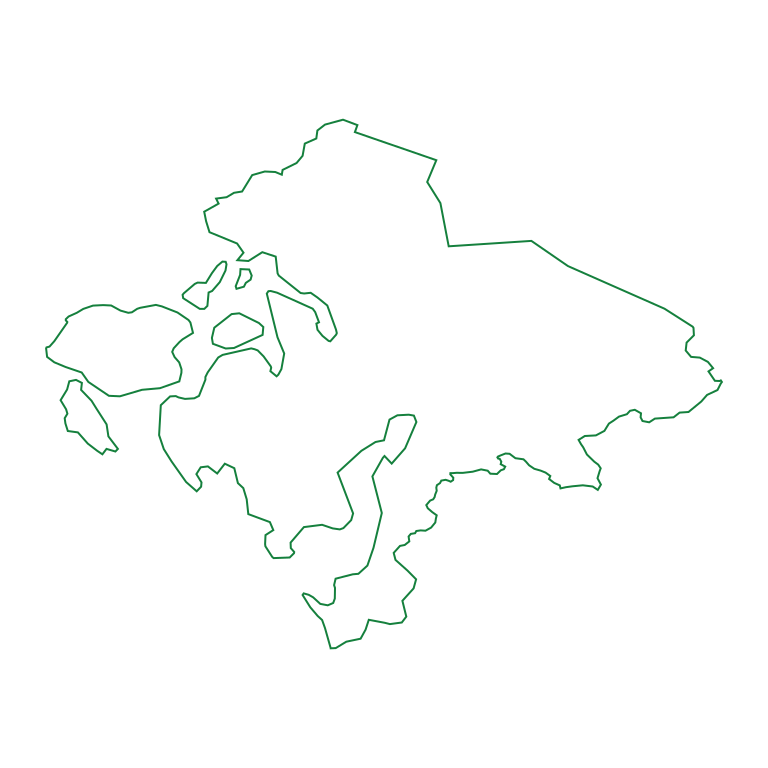 outline of Wrangell, Alaska, United States of America
{"feature_id": "52423323B13000193718373", "entity_name": "Wrangell", "entity_type": "district", "adm_level": 2, "iso_a3": "USA", "parent_name": "United States of America", "parent_adm1": "Alaska", "projection": "robinson", "projection_center": [-132.186, 56.269], "detail": "fine", "context": "isolated", "style": "outline", "palette": "green", "viewbox_px": 768, "rotation_deg": 0, "n_neighbors": 0, "source": "geoboundaries", "source_scale": "gbopen_adm2", "svg_char_len": 4801}
<svg xmlns="http://www.w3.org/2000/svg" viewBox="0 0 768 768"><path d="M216.1,198.6L218.6,203.6L204.2,211.7L206.1,221.2L209.5,232.2L237.1,243.5L243.5,252.7L237.4,260.2L248.4,261.0L262.3,252.2L275.7,256.6L277.6,273.4L278.8,275.6L300.6,293.0L304.1,293.5L310.7,292.8L317.3,297.4L327.3,305.5L336.0,329.6L336.8,333.1L336.2,334.6L330.3,341.3L328.6,340.9L322.5,335.9L317.5,329.8L316.4,323.6L319.0,322.3L315.2,312.1L312.7,308.7L277.1,292.7L270.7,291.0L268.4,291.2L266.8,293.6L277.5,337.3L284.2,353.5L281.4,369.1L278.3,374.7L276.6,376.3L270.4,371.2L271.2,367.7L270.8,366.4L263.6,356.4L257.7,350.4L254.5,349.2L251.2,348.4L222.6,354.9L218.2,357.5L207.7,372.4L205.4,377.0L205.4,379.7L199.0,395.9L194.3,398.3L185.0,398.9L178.5,397.4L175.8,396.1L170.1,396.4L160.8,405.2L159.1,435.1L163.8,449.1L171.6,461.5L186.1,482.0L196.7,491.3L201.1,486.7L201.5,482.4L196.4,474.1L200.7,467.3L207.9,466.4L217.2,473.5L224.8,463.7L234.3,468.2L237.9,483.1L243.3,488.1L246.7,499.3L248.3,514.1L258.0,517.7L269.9,522.1L273.3,530.1L265.5,535.1L265.1,544.1L265.4,546.3L272.2,556.9L273.6,558.1L289.7,557.5L294.0,553.2L294.2,552.0L290.8,548.1L290.6,542.6L303.9,527.1L322.1,524.8L332.7,528.4L339.8,529.4L343.4,528.1L351.2,520.1L353.1,513.4L337.6,472.6L361.4,450.8L375.5,442.0L384.0,440.3L389.5,419.6L397.4,415.3L408.8,414.7L413.9,415.6L416.4,422.0L405.1,448.3L391.7,463.6L384.5,456.0L382.9,457.8L372.4,476.4L381.8,513.0L373.5,547.8L367.4,565.6L358.4,573.8L352.8,574.3L335.6,578.7L334.1,585.1L335.0,587.9L334.8,598.6L333.2,603.0L327.8,605.3L320.3,603.9L313.1,597.3L308.7,594.8L303.7,593.4L302.6,595.0L310.3,607.3L317.7,616.0L322.1,620.0L325.0,628.1L330.7,648.2L330.7,648.3L335.7,648.1L346.3,641.7L360.6,638.7L365.6,629.6L368.8,619.8L384.8,622.8L389.9,624.1L401.8,622.5L406.3,616.6L402.4,600.8L413.6,588.4L416.1,579.3L407.5,570.6L395.5,559.9L393.7,552.9L400.0,545.9L404.7,545.0L409.3,541.4L408.6,536.5L410.8,533.9L415.1,533.2L416.3,531.0L420.7,530.4L425.5,530.7L431.1,527.6L435.3,522.5L435.9,518.5L436.7,515.3L432.1,512.0L427.8,508.3L426.3,505.1L430.1,500.6L433.2,499.3L434.6,497.1L435.2,494.5L436.7,490.8L436.3,487.7L436.9,485.2L440.0,483.1L441.3,480.6L445.6,479.8L448.7,480.8L450.7,481.7L453.1,480.1L453.3,477.7L450.3,474.4L450.4,473.1L453.2,473.1L456.6,472.8L462.6,472.9L472.7,471.7L481.1,469.4L487.7,470.7L490.3,473.7L497.0,474.0L500.8,470.3L503.9,469.2L505.2,466.6L500.7,464.2L501.3,461.7L499.7,458.8L498.2,458.6L497.4,457.4L497.9,456.6L500.4,455.5L505.5,453.5L509.6,453.8L515.4,458.2L523.5,459.3L525.9,461.6L529.1,465.3L534.3,468.8L540.6,470.6L545.6,472.6L550.3,476.0L549.1,479.0L554.2,482.9L559.8,485.4L560.5,488.4L565.9,487.2L572.4,486.3L582.8,485.3L592.7,486.5L597.8,489.9L600.9,484.6L597.5,478.2L599.6,471.3L600.7,468.3L598.2,464.6L594.3,461.7L586.9,454.5L583.2,447.3L581.1,444.3L578.6,439.9L584.8,436.0L595.9,435.4L604.4,430.9L608.9,423.6L613.4,420.7L619.0,416.6L626.9,414.2L630.0,410.8L634.8,409.8L641.0,413.3L640.6,417.3L642.5,421.0L649.2,422.3L654.9,418.6L673.6,417.3L679.6,412.6L688.5,412.0L701.3,401.5L707.1,394.9L717.5,390.0L720.8,383.5L721.9,382.0L720.8,380.4L719.6,381.0L714.9,380.8L713.6,378.9L708.5,371.4L713.1,368.2L707.9,361.9L699.8,357.6L691.1,356.9L685.7,350.5L686.6,342.6L693.9,335.3L693.5,327.9L692.7,326.7L664.5,308.7L568.0,266.1L531.4,240.9L448.7,246.3L440.4,203.1L427.2,182.0L436.3,160.2L354.9,132.1L357.4,125.1L343.0,119.7L325.0,124.6L317.4,130.5L316.3,138.5L304.8,143.6L302.6,155.8L296.6,163.0L282.6,169.9L281.8,174.7L275.3,172.0L264.8,171.5L252.2,175.1L242.1,191.5L234.0,192.8L226.6,197.2L216.1,198.6ZM46.5,347.4L46.1,348.4L47.1,356.9L54.3,362.3L65.6,367.0L81.7,372.5L88.3,381.9L108.9,395.8L119.9,396.3L142.0,389.8L159.9,388.2L179.3,381.4L181.4,372.8L181.5,369.3L179.2,362.4L174.6,357.1L172.2,351.9L173.7,348.3L179.4,342.1L182.6,339.3L193.0,332.9L190.4,322.5L188.5,320.0L177.5,312.5L161.9,306.4L155.9,304.9L140.2,307.8L137.2,308.8L131.9,312.3L128.3,312.8L120.5,310.6L111.2,305.5L103.2,305.1L93.0,305.6L83.3,308.9L76.8,312.8L68.6,316.5L65.8,319.2L65.8,320.4L67.3,321.9L67.2,322.7L54.3,341.2L49.5,346.6L46.5,347.4ZM60.6,400.2L66.1,409.3L67.4,413.7L64.7,418.2L65.4,423.4L67.8,431.0L77.9,432.4L87.8,443.6L97.2,450.8L102.4,454.3L106.5,448.9L115.4,451.5L117.9,448.9L108.4,436.4L106.6,424.4L96.5,408.7L91.5,400.7L81.1,389.9L81.9,382.9L76.0,379.9L69.3,381.3L67.1,389.5L60.6,400.2ZM211.9,337.9L212.9,343.8L225.7,348.5L234.0,348.0L262.6,334.9L263.3,327.0L258.9,323.0L239.3,313.3L231.6,314.1L214.3,327.7L211.9,337.9ZM182.6,294.8L183.2,298.2L199.8,308.9L204.3,308.9L207.4,305.9L208.6,292.5L212.1,291.0L219.8,282.1L225.5,270.5L226.5,264.3L225.7,261.8L222.4,261.6L217.2,266.0L211.9,273.2L205.9,282.9L197.6,282.6L194.8,283.9L183.8,293.3L182.6,294.8ZM235.7,286.2L236.5,288.8L243.9,286.7L245.8,282.9L250.6,279.6L251.7,275.6L249.2,269.5L240.5,269.1L240.1,274.9L235.7,286.2Z" fill="none" stroke="#15803d" stroke-width="2"/></svg>